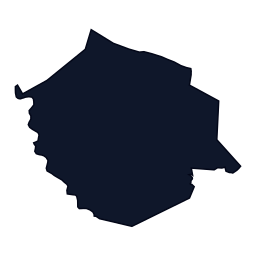 outline of San Juan Yatzona, Oaxaca, Mexico
{"feature_id": "50627088B31715141251473", "entity_name": "San Juan Yatzona", "entity_type": "district", "adm_level": 2, "iso_a3": "MEX", "parent_name": "Mexico", "parent_adm1": "Oaxaca", "projection": "natural_earth1", "projection_center": [-96.189, 17.411], "detail": "fine", "context": "isolated", "style": "filled", "palette": "ink", "viewbox_px": 256, "rotation_deg": 0, "n_neighbors": 0, "source": "geoboundaries", "source_scale": "gbopen_adm2", "svg_char_len": 1553}
<svg xmlns="http://www.w3.org/2000/svg" viewBox="0 0 256 256"><path d="M190.8,68.6L186.4,67.6L180.8,65.6L174.4,62.1L167.0,59.2L161.8,56.9L151.7,53.7L143.9,51.7L139.3,52.1L128.6,49.0L113.3,43.3L91.2,29.7L85.3,49.3L47.0,80.4L22.6,93.9L17.5,85.1L15.4,86.6L15.4,89.9L15.5,93.0L16.3,96.9L17.8,98.2L19.1,98.7L20.6,98.8L22.4,98.1L23.8,97.8L24.8,97.3L25.8,97.1L28.9,96.7L31.9,97.1L33.4,98.9L33.8,101.6L33.9,104.8L31.1,108.4L29.2,110.5L29.4,113.3L30.9,115.8L30.9,119.1L29.1,122.3L28.3,124.7L29.7,127.3L32.4,129.3L35.5,131.1L37.9,132.5L39.1,134.9L38.5,137.8L38.0,140.9L35.6,142.1L33.7,142.8L34.2,144.1L35.7,146.1L35.4,148.6L34.8,151.3L36.3,153.7L39.2,154.6L41.7,155.0L43.9,155.8L46.4,157.6L46.5,157.9L46.6,158.2L48.0,160.3L47.8,162.3L47.1,165.1L46.3,168.2L47.1,170.9L51.9,173.6L54.2,175.4L57.2,177.2L61.9,179.9L64.2,182.1L66.8,184.2L68.0,186.1L66.9,190.3L67.3,193.9L69.2,194.2L72.7,194.7L75.5,195.0L76.7,196.2L77.7,200.4L77.8,206.9L79.3,208.6L83.8,208.4L86.6,208.5L90.0,209.9L92.0,211.3L93.0,212.1L93.5,213.1L94.1,214.3L94.2,216.1L96.1,216.3L99.6,218.7L131.9,226.3L189.5,198.0L194.2,186.7L191.8,184.4L190.5,184.4L190.2,183.7L190.8,182.8L191.0,180.5L192.1,179.3L192.4,178.5L192.2,177.4L191.3,176.6L190.4,175.6L189.7,175.1L189.0,174.7L191.1,174.2L192.6,175.2L191.3,168.1L214.2,169.8L217.6,167.7L221.9,168.0L225.0,167.2L226.0,171.2L229.3,172.5L231.3,172.6L232.8,173.0L233.4,172.6L236.8,170.3L238.7,168.5L240.6,166.2L216.8,139.7L218.7,101.0L189.4,85.1L191.1,74.9L191.1,72.5L191.2,71.3L191.0,70.0L190.8,68.6Z" fill="#0f172a" stroke="#020617" stroke-width="1.5"/></svg>